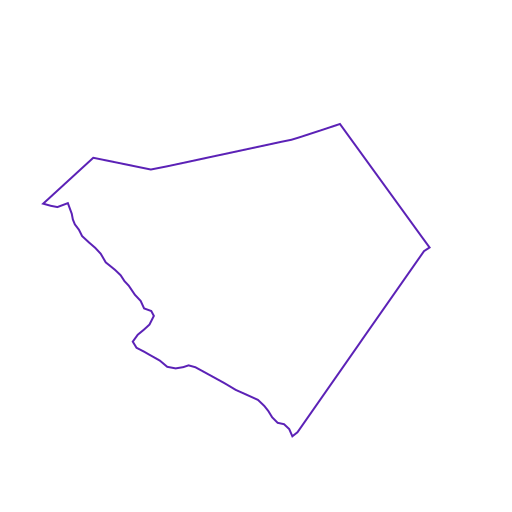 Várzea Grande, Piauí, Brazil, rotated 147°
{"feature_id": "56859067B71883429484775", "entity_name": "Várzea Grande", "entity_type": "district", "adm_level": 2, "iso_a3": "BRA", "parent_name": "Brazil", "parent_adm1": "Piauí", "projection": "albers", "projection_center": [-42.19, -6.555], "detail": "fine", "context": "isolated", "style": "outline", "palette": "violet", "viewbox_px": 512, "rotation_deg": 147, "n_neighbors": 0, "source": "geoboundaries", "source_scale": "gbopen_adm2", "svg_char_len": 906}
<svg xmlns="http://www.w3.org/2000/svg" viewBox="0 0 512 512"><g transform="rotate(147 256 256)"><path d="M106.5,181.1L113.7,321.0L137.0,327.1L144.5,329.1L156.1,332.2L163.0,334.2L172.6,338.0L281.9,379.7L297.1,385.8L339.0,427.0L406.0,415.8L400.7,409.8L395.9,405.2L385.0,402.8L387.5,391.8L389.7,386.4L390.7,381.2L390.2,374.4L391.0,367.4L388.7,358.3L386.4,350.4L385.0,342.4L385.5,332.5L381.8,321.2L380.0,313.5L380.0,306.5L378.9,300.4L378.7,289.5L377.2,281.1L378.4,273.0L373.8,266.9L374.3,261.4L382.7,256.5L389.9,255.3L398.0,254.4L406.0,251.3L406.2,244.1L401.7,236.2L399.1,231.1L393.6,220.6L390.8,211.4L384.6,205.5L377.5,202.4L372.1,201.0L367.4,195.7L351.7,166.5L345.9,154.7L336.9,140.8L332.7,134.2L330.7,125.7L330.1,119.3L330.3,111.9L328.7,104.3L324.1,99.7L322.4,92.8L323.7,85.0L317.2,85.6L217.3,126.1L212.0,128.3L112.4,168.6L105.8,168.6L106.5,181.1Z" fill="none" stroke="#5b21b6" stroke-width="2"/></g></svg>